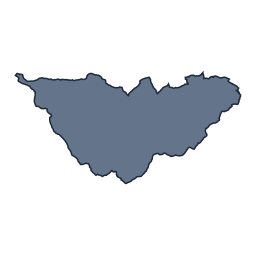 the district of Nereju, Vrancea, Romania
{"feature_id": "2599482B74656559226175", "entity_name": "Nereju", "entity_type": "district", "adm_level": 2, "iso_a3": "ROU", "parent_name": "Romania", "parent_adm1": "Vrancea", "projection": "equal_earth", "projection_center": [26.622, 45.68], "detail": "fine", "context": "isolated", "style": "filled", "palette": "slate", "viewbox_px": 256, "rotation_deg": 0, "n_neighbors": 0, "source": "geoboundaries", "source_scale": "gbopen_adm2", "svg_char_len": 5662}
<svg xmlns="http://www.w3.org/2000/svg" viewBox="0 0 256 256"><path d="M141.2,176.3L143.4,173.9L144.2,173.3L144.2,173.0L144.8,172.5L145.2,171.8L145.8,171.2L146.3,171.1L146.9,169.1L148.0,167.7L148.5,165.6L149.2,163.6L151.1,161.5L151.5,160.8L151.6,159.7L152.2,159.2L152.5,156.7L152.9,155.3L154.5,154.2L157.0,153.5L157.8,153.5L160.0,154.8L160.8,154.5L162.3,154.5L164.1,153.0L166.2,153.7L167.0,154.6L169.3,155.3L170.9,156.5L173.7,155.9L175.5,155.1L178.5,155.8L179.6,155.8L182.2,155.4L183.7,154.2L184.7,153.2L188.2,148.0L188.5,147.7L189.6,147.4L190.5,147.4L192.4,148.7L194.1,149.2L196.2,145.9L197.1,145.2L197.7,144.3L197.9,143.5L198.3,143.5L198.2,143.1L199.3,143.2L200.4,142.4L201.7,140.6L202.5,139.8L202.6,139.4L203.4,138.8L203.4,138.0L205.6,136.7L206.7,135.7L207.0,134.5L205.8,133.0L205.4,130.9L205.5,129.6L205.9,128.5L206.5,128.5L208.2,127.0L209.6,125.0L210.4,124.7L211.0,124.1L213.3,123.2L215.6,122.9L217.6,121.7L218.0,121.1L219.4,120.2L219.5,119.3L218.9,118.4L219.3,118.1L219.4,117.4L219.7,116.8L219.8,116.2L220.1,115.5L220.1,114.9L220.8,113.7L221.4,112.2L222.1,111.3L222.9,111.3L224.1,111.7L225.1,111.1L225.9,111.1L228.1,110.1L228.9,109.4L229.2,108.2L229.6,108.2L229.7,107.8L230.4,107.7L230.8,107.4L230.8,107.1L231.9,106.5L232.1,106.2L231.8,105.5L231.7,104.8L232.3,104.6L232.6,104.3L235.1,104.0L237.2,104.4L238.2,103.9L238.3,103.2L239.0,101.5L238.9,100.9L239.2,100.2L239.1,99.6L239.7,99.2L239.9,97.4L240.5,96.6L240.4,95.4L240.6,94.9L240.0,94.5L239.9,94.1L239.3,93.5L238.9,92.0L238.8,91.9L238.5,92.5L238.4,92.2L237.8,91.9L237.9,90.9L236.5,90.6L238.1,89.3L238.7,88.1L238.0,87.8L237.0,86.4L236.1,85.8L233.1,84.3L232.7,84.2L232.8,84.0L229.1,82.1L228.1,81.2L228.5,80.8L228.6,80.2L229.4,79.2L228.6,78.7L227.1,78.2L226.6,77.8L225.8,77.5L224.3,77.2L223.1,77.4L222.2,77.8L219.3,77.7L218.4,77.1L217.8,77.0L217.0,76.4L215.5,76.0L213.1,76.5L213.5,77.0L213.5,77.3L212.4,77.0L212.4,76.6L210.9,76.8L209.4,78.0L209.1,78.6L208.4,78.9L207.3,78.4L206.0,78.2L203.9,78.5L204.2,77.9L203.7,76.9L203.5,74.8L202.9,73.3L202.9,72.6L202.3,73.3L202.0,73.5L201.9,73.9L201.6,73.8L201.2,74.9L200.8,75.1L200.3,75.0L199.7,75.7L198.4,75.7L197.1,76.1L196.5,75.8L195.2,76.1L194.5,75.9L193.8,75.3L191.2,75.3L189.1,76.3L188.8,76.9L188.3,76.6L187.5,77.0L185.3,77.4L185.5,79.2L186.0,79.2L186.9,79.7L186.8,81.7L187.4,82.5L187.1,82.6L187.2,83.1L187.6,83.0L188.0,84.1L185.9,84.1L185.1,84.5L184.7,84.3L183.6,85.4L182.2,85.6L181.2,86.5L180.3,86.8L179.6,87.3L179.1,87.3L177.2,87.9L175.6,87.5L174.1,88.2L173.1,88.1L172.2,87.6L169.5,87.2L169.3,85.9L169.0,85.5L168.5,83.9L167.4,85.7L165.7,86.5L165.1,86.5L164.6,86.9L163.6,87.3L163.0,87.7L161.4,89.8L160.7,90.1L160.0,91.3L158.9,92.0L157.5,93.6L156.4,92.0L156.5,91.1L156.0,90.6L155.8,90.0L153.6,87.7L153.5,87.3L153.2,87.1L153.2,86.6L152.5,85.9L152.3,84.8L150.7,81.8L150.4,79.4L149.7,78.0L149.0,77.2L147.7,77.7L146.1,77.9L142.0,79.4L140.2,80.7L139.9,81.1L140.0,81.5L139.8,82.0L140.1,83.2L139.1,84.3L138.7,85.5L137.1,86.6L136.0,87.7L134.2,88.4L133.9,89.2L132.7,89.9L132.3,90.6L129.2,93.3L128.7,94.1L128.5,95.7L127.9,95.5L127.0,94.3L126.4,93.9L126.0,92.6L124.9,91.9L123.6,91.4L122.8,90.0L122.0,87.4L120.7,87.2L120.0,87.3L119.7,87.0L119.1,87.4L117.8,87.7L114.8,87.7L111.8,86.6L110.1,85.4L108.6,85.0L107.1,83.8L106.2,83.4L106.0,83.1L105.6,81.9L105.7,80.9L105.4,80.0L102.0,78.8L101.6,78.1L101.7,77.6L101.2,77.0L98.6,75.2L97.2,75.2L96.5,74.9L95.3,74.9L91.4,73.4L89.7,73.6L88.3,74.3L87.1,75.6L86.5,77.8L86.3,78.4L85.4,79.0L84.1,79.4L83.1,79.5L82.0,79.0L80.9,79.0L79.5,79.7L75.6,80.1L74.3,80.6L73.5,80.6L72.6,79.8L71.3,80.3L69.4,80.0L68.5,80.3L67.8,79.7L65.3,79.7L62.4,79.4L61.8,79.5L61.0,80.1L60.5,79.6L59.8,79.8L58.6,79.1L58.1,79.3L56.4,79.4L55.1,79.9L54.5,79.7L53.9,79.9L52.1,79.8L51.0,79.0L48.7,79.4L47.8,78.7L45.7,78.4L44.7,78.5L44.2,78.2L43.6,78.4L43.0,78.0L41.3,77.8L40.4,78.3L39.6,78.2L38.7,78.6L37.5,79.7L36.3,80.2L35.4,80.3L34.0,81.0L27.4,81.3L26.2,80.7L25.5,79.7L24.8,79.4L23.5,78.1L22.9,76.2L22.8,75.4L22.5,74.6L20.1,74.1L18.9,74.1L17.6,73.5L17.3,73.5L16.8,73.6L16.1,74.6L15.4,75.4L16.4,76.2L17.3,76.6L18.4,77.4L18.7,78.1L18.6,79.0L18.1,80.4L18.5,81.3L22.7,83.7L24.5,84.0L26.0,84.8L26.8,84.7L28.4,85.8L29.9,86.3L30.4,87.5L31.6,88.9L33.7,90.0L34.0,90.4L34.3,91.4L35.4,92.2L35.1,93.5L35.2,95.5L34.6,97.7L34.3,101.5L35.7,105.8L36.6,106.3L38.5,106.5L39.9,107.5L40.7,107.7L41.0,108.4L41.6,108.6L42.6,108.5L43.4,108.8L44.9,108.4L47.0,108.9L47.2,109.9L47.0,110.8L47.4,111.3L47.6,111.9L49.3,113.7L50.7,114.1L51.0,115.1L51.6,115.8L51.5,116.3L51.2,116.6L49.8,117.4L49.7,119.2L49.9,121.5L50.4,123.2L51.5,125.4L51.9,127.1L53.2,129.4L53.9,131.3L54.3,131.8L55.2,132.3L56.1,133.4L56.8,133.6L57.9,134.2L58.6,134.3L59.6,134.9L60.3,135.7L61.0,136.1L61.3,136.8L62.7,137.9L63.5,139.1L64.8,140.3L66.9,143.6L67.4,144.9L67.9,145.7L68.0,146.2L68.0,147.4L68.5,148.4L69.6,149.7L70.9,151.7L71.8,154.9L75.2,157.1L77.1,158.7L77.8,159.9L78.3,161.7L79.1,162.5L79.6,162.8L80.4,164.5L83.2,164.4L84.4,163.8L86.0,163.2L87.4,163.7L88.6,163.7L89.4,165.7L89.8,166.1L89.5,166.9L91.1,168.7L91.1,169.5L90.8,169.9L91.0,170.3L93.0,172.6L94.7,173.9L95.2,174.8L95.9,175.2L96.4,175.1L97.3,174.3L98.6,175.0L100.2,175.2L102.5,176.5L103.8,175.6L104.6,175.3L106.6,175.2L107.4,174.2L109.1,173.5L109.7,172.6L111.0,171.6L111.3,170.8L111.6,170.5L112.3,170.7L113.1,171.8L113.5,172.0L114.5,171.9L115.3,171.4L115.8,171.5L116.1,171.7L116.5,173.5L116.4,174.4L116.7,175.0L116.8,175.9L117.5,176.2L117.7,176.8L118.2,177.2L120.8,178.3L121.1,178.8L121.0,179.9L122.3,180.3L122.7,181.0L123.6,181.5L124.5,182.7L125.7,183.4L126.6,183.4L127.3,182.7L131.0,181.3L131.3,180.8L132.5,179.7L134.5,178.9L136.2,177.5L136.3,177.2L136.6,176.9L138.9,176.5L139.7,176.6L141.2,176.3Z" fill="#64748b" stroke="#1e293b" stroke-width="1.5"/></svg>